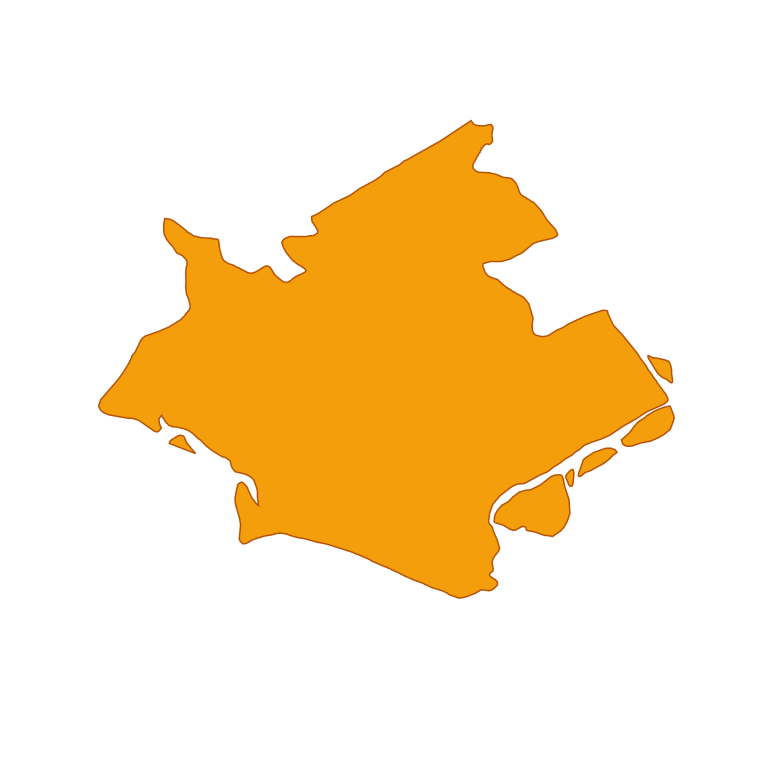 Inhassunge, Zambezia, Mozambique, rotated 70°
{"feature_id": "85939544B84899286441367", "entity_name": "Inhassunge", "entity_type": "district", "adm_level": 2, "iso_a3": "MOZ", "parent_name": "Mozambique", "parent_adm1": "Zambezia", "projection": "albers", "projection_center": [36.814, -18.065], "detail": "fine", "context": "isolated", "style": "filled", "palette": "amber", "viewbox_px": 768, "rotation_deg": 70, "n_neighbors": 0, "source": "geoboundaries", "source_scale": "gbopen_adm2", "svg_char_len": 6176}
<svg xmlns="http://www.w3.org/2000/svg" viewBox="0 0 768 768"><g transform="rotate(70 384 384)"><path d="M249.5,545.1L251.5,547.8L254.0,553.0L256.8,566.1L257.5,577.9L257.3,591.5L258.1,594.7L259.9,597.9L260.7,598.2L261.8,600.0L262.6,600.4L269.4,607.5L271.1,610.8L275.1,614.4L278.9,618.7L284.3,625.6L289.0,632.6L301.9,655.6L306.7,659.4L307.8,659.7L311.2,659.4L315.4,657.1L319.4,652.3L328.6,636.2L330.4,631.9L333.1,628.3L334.9,626.4L349.9,615.8L351.5,613.6L351.2,611.6L349.2,608.3L344.9,608.6L340.6,607.7L339.8,607.4L337.4,603.7L344.8,602.3L349.7,600.0L352.1,596.9L353.0,594.4L358.2,586.4L361.4,583.2L364.4,581.0L371.7,577.3L374.3,575.4L381.0,572.4L387.9,568.2L397.2,560.7L398.9,558.1L402.9,555.3L404.0,554.9L409.3,555.5L412.1,555.1L415.6,553.7L420.8,545.8L425.2,541.4L427.6,540.0L430.9,539.1L438.3,539.2L441.5,539.6L446.9,541.6L455.2,543.5L452.6,545.0L445.2,547.2L433.8,548.0L431.5,548.7L428.0,550.6L427.5,551.5L427.6,553.5L428.6,555.9L438.9,562.3L442.9,563.9L447.5,564.8L461.2,565.7L467.5,567.0L480.1,573.0L482.4,573.0L486.0,571.2L486.7,567.8L485.4,560.2L486.0,548.2L487.4,540.7L487.7,536.5L488.6,532.5L490.9,528.1L496.6,520.8L499.9,515.8L501.5,512.5L509.8,500.9L515.0,492.3L531.4,471.1L534.5,468.0L534.8,467.0L535.7,466.6L536.1,465.5L537.1,465.2L538.4,463.2L539.3,462.7L544.2,457.3L545.2,456.9L548.2,454.0L555.7,446.0L556.1,445.0L557.0,444.6L557.4,443.6L558.5,443.1L559.1,441.9L561.7,440.0L562.1,439.1L563.1,438.5L566.1,435.0L568.5,433.2L569.0,432.1L570.1,431.6L578.1,423.3L585.1,414.9L586.2,414.5L586.8,413.4L591.6,408.8L598.2,400.0L602.3,395.9L603.4,395.5L605.1,393.8L610.8,386.8L611.8,382.5L612.1,378.1L611.9,369.9L610.7,363.4L611.4,361.2L613.9,356.7L614.5,354.4L614.0,350.9L611.7,346.2L609.4,345.2L608.1,345.3L605.9,346.4L601.4,349.8L600.1,350.2L599.0,349.9L598.2,349.2L597.2,345.9L596.2,345.2L595.1,344.6L588.6,343.5L585.6,341.3L583.7,339.1L580.2,333.5L578.1,331.7L576.9,331.5L569.5,331.0L559.2,331.6L555.8,331.1L550.6,333.0L548.6,332.6L541.7,329.0L535.4,324.1L533.6,321.8L528.7,313.3L524.5,300.1L523.7,295.9L523.8,292.1L525.4,286.8L525.4,285.0L522.9,268.9L522.4,260.1L520.0,253.2L518.4,245.3L516.5,239.6L515.2,232.2L513.4,227.4L512.6,223.2L510.1,216.7L509.7,208.5L510.0,198.8L509.4,189.5L505.5,174.0L502.9,158.7L499.9,146.2L498.7,127.9L497.1,123.4L496.1,122.7L494.1,122.2L490.2,122.7L476.0,126.9L473.6,127.2L469.6,128.7L466.7,129.0L461.5,130.8L455.3,131.8L447.6,134.3L441.8,135.5L420.9,142.6L407.0,148.4L395.0,149.5L391.7,149.0L390.7,150.4L389.5,153.6L389.1,171.5L390.6,189.9L392.2,196.4L392.5,202.8L394.6,212.7L394.6,215.0L393.5,219.4L390.8,223.7L389.0,225.6L384.8,226.3L379.8,224.9L373.0,221.4L358.4,220.5L353.2,222.0L349.8,223.5L343.3,229.5L342.3,229.8L341.9,230.8L337.5,233.7L335.9,235.2L331.8,237.9L324.8,241.5L320.9,246.3L318.4,248.9L316.3,250.0L313.3,250.8L307.4,250.8L305.1,250.0L304.8,249.0L305.3,242.1L309.0,232.0L309.8,222.6L308.9,217.9L308.0,209.2L303.1,195.8L303.0,189.9L304.7,175.9L304.3,171.6L303.1,169.7L297.6,170.0L285.6,174.8L275.5,176.8L266.5,180.4L264.3,181.4L263.7,182.5L260.4,184.6L259.9,185.4L256.7,187.4L256.3,188.2L253.1,190.4L249.9,191.1L244.8,190.9L239.9,191.4L234.5,193.8L230.3,201.6L225.2,207.1L221.5,212.9L217.2,223.0L214.8,225.2L211.6,226.6L207.9,225.3L207.5,224.5L206.3,223.7L206.0,222.6L201.9,218.4L201.4,217.3L200.6,216.8L199.1,214.5L196.1,211.8L193.4,206.7L193.9,204.4L195.0,203.2L194.5,201.2L193.1,199.0L186.2,197.3L181.1,194.2L178.9,193.9L176.7,194.7L175.3,203.0L172.4,209.1L170.2,211.1L166.3,212.0L174.9,247.9L181.2,286.0L181.2,288.7L183.4,294.5L185.3,310.3L188.1,317.3L189.4,322.6L192.1,340.4L195.2,351.6L196.8,369.1L200.9,385.8L201.8,391.8L201.8,394.6L204.9,395.7L207.3,396.0L213.5,394.3L217.6,393.9L219.5,395.3L220.2,397.5L220.4,399.9L219.3,403.3L218.7,407.2L213.2,421.9L213.2,426.0L213.9,429.1L216.0,431.7L222.1,431.8L227.8,430.7L236.4,427.7L243.0,423.5L243.4,422.7L247.9,419.5L250.0,418.6L251.1,418.7L251.9,419.7L252.7,428.9L253.6,433.1L255.0,436.6L255.4,440.1L254.0,443.4L248.7,446.7L243.9,449.3L236.2,450.9L234.2,451.8L232.9,453.9L232.7,456.0L234.9,466.6L234.5,471.1L232.7,474.0L227.7,478.4L227.0,479.6L225.9,479.9L223.6,482.6L220.6,485.2L217.6,489.1L213.4,492.2L209.9,493.0L200.5,492.2L193.9,490.6L191.7,490.5L190.7,491.5L189.2,494.8L187.6,497.0L186.9,499.4L183.7,506.2L179.6,512.3L174.6,516.0L174.3,516.8L173.4,516.8L166.1,521.1L158.7,526.0L155.8,529.0L153.5,533.3L158.8,536.5L165.9,538.9L169.1,539.3L173.7,538.8L180.7,536.5L181.9,535.7L190.0,533.9L194.4,529.6L199.1,527.4L201.5,527.2L205.2,528.5L205.6,529.3L211.6,532.3L218.9,534.6L225.5,537.3L231.7,538.8L238.3,538.6L244.0,539.3L246.2,540.2L246.9,541.3L247.9,541.6L249.5,545.1ZM542.3,249.3L534.0,248.0L530.8,248.2L529.4,249.7L528.0,255.1L528.2,258.9L532.3,271.3L533.4,280.4L533.4,283.7L532.3,286.8L531.9,293.9L534.1,301.2L537.2,307.7L538.1,314.1L539.6,317.4L542.3,321.6L545.2,324.6L547.4,326.0L551.2,327.6L552.2,327.1L557.7,319.9L563.7,315.3L564.0,314.2L565.2,313.5L566.3,310.2L565.1,303.3L566.1,300.6L567.1,299.9L570.3,300.0L574.9,292.5L581.4,284.7L581.6,283.6L584.9,277.6L582.3,267.6L581.3,266.5L580.6,264.5L576.3,259.3L569.3,253.6L556.0,249.7L542.3,249.3ZM513.0,122.5L502.5,122.7L501.7,128.9L501.6,134.3L502.1,139.7L503.8,148.0L504.5,149.3L506.7,158.4L509.4,163.4L513.7,169.8L517.7,180.1L522.1,180.1L524.3,178.7L525.9,176.4L527.1,172.2L527.3,162.3L528.9,153.0L528.3,144.3L527.2,138.1L524.6,130.6L517.6,124.6L515.4,123.1L513.0,122.5ZM537.8,232.3L537.8,229.9L536.0,225.2L536.0,219.1L533.7,204.4L531.8,198.4L529.1,192.7L528.1,188.6L526.0,188.8L524.0,189.9L523.7,190.9L522.0,192.5L520.2,197.9L520.1,210.3L522.0,218.6L523.0,221.9L523.8,223.0L531.6,229.1L533.5,231.0L536.7,232.8L537.8,232.3ZM450.5,126.7L467.9,123.1L473.0,120.2L476.3,116.8L480.7,114.2L481.2,113.3L481.0,112.5L479.0,111.5L472.9,110.3L469.7,109.1L465.3,108.3L461.9,108.3L459.9,108.8L457.3,112.0L452.9,118.9L451.3,122.3L447.9,125.7L447.8,126.4L450.5,126.7ZM384.9,584.8L372.1,589.5L365.5,589.9L364.4,590.3L363.2,591.5L362.4,593.2L362.3,595.5L363.9,603.2L365.0,605.3L366.5,606.0L367.3,605.1L384.9,584.8ZM542.4,244.7L543.6,244.2L544.1,241.9L542.2,240.5L533.5,236.3L530.3,235.6L529.2,235.7L528.4,236.6L530.0,240.8L532.1,244.2L533.4,245.1L542.4,244.7Z" fill="#f59e0b" stroke="#b45309" stroke-width="1.5"/></g></svg>